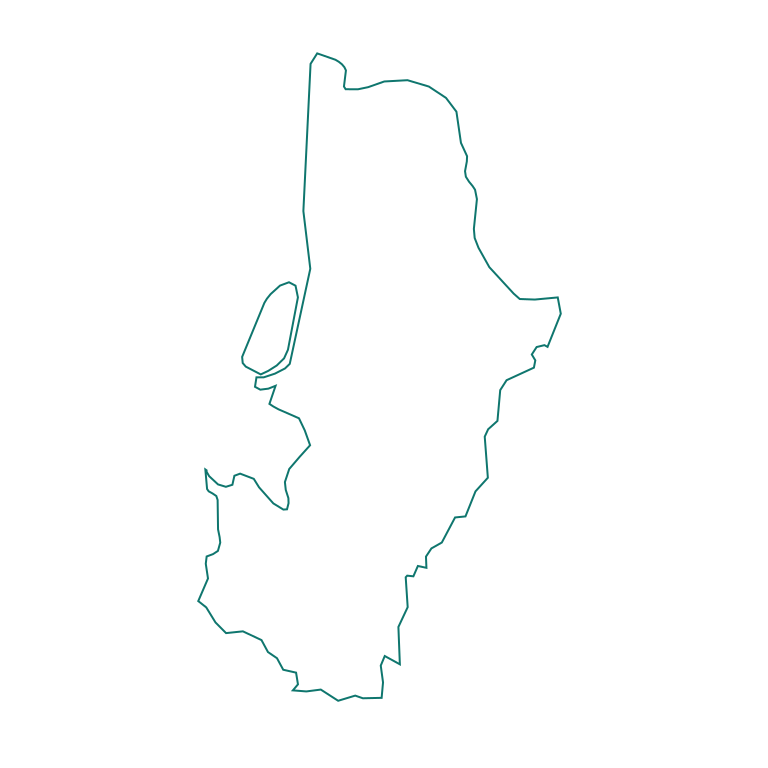 outline of Kent, rotated 277°
{"feature_id": "GBR-3409", "entity_name": "Kent", "entity_type": "Administrative County", "adm_level": 1, "iso_a3": "GBR", "parent_name": "United Kingdom", "parent_adm1": "", "projection": "equal_earth", "projection_center": [0.675, 51.199], "detail": "fine", "context": "isolated", "style": "outline", "palette": "teal", "viewbox_px": 768, "rotation_deg": 277, "n_neighbors": 0, "source": "natural_earth", "source_scale": "10m", "svg_char_len": 1943}
<svg xmlns="http://www.w3.org/2000/svg" viewBox="0 0 768 768"><g transform="rotate(277 384 384)"><path d="M219.5,237.0L248.6,233.0L252.4,231.2L254.5,227.1L256.1,223.1L258.2,221.2L277.4,217.1L276.7,218.4L275.3,218.6L271.2,221.7L264.1,231.5L262.7,239.6L265.5,245.8L274.7,246.7L277.5,252.1L274.0,266.3L266.2,272.6L252.0,288.7L247.1,299.4L247.8,303.0L254.1,303.8L259.1,303.0L266.9,299.4L274.6,297.6L288.1,300.3L301.5,309.2L314.2,318.1L328.3,311.0L339.6,303.8L346.0,282.4L348.2,276.9L350.3,272.7L369.0,276.6L365.3,269.8L363.3,261.9L365.5,256.3L375.1,256.6L376.0,263.9L381.0,274.5L387.4,283.9L392.5,288.0L489.4,296.8L545.8,282.9L692.8,272.1L704.0,277.4L699.9,296.3L698.3,299.9L696.2,303.3L693.6,306.1L690.6,308.0L674.4,308.0L671.9,310.0L673.4,322.4L676.7,332.1L684.3,347.4L688.4,370.3L684.7,392.3L675.5,410.7L663.1,422.7L632.7,431.0L620.2,438.7L615.0,439.1L605.1,438.5L599.7,440.0L595.2,443.7L591.3,447.8L587.9,450.7L578.8,453.7L548.9,454.3L540.0,456.2L530.7,461.2L512.8,474.3L489.5,501.7L484.9,508.4L486.2,523.4L491.1,545.9L475.3,550.9L440.8,541.8L442.1,538.5L439.3,531.0L431.3,527.1L425.9,531.3L418.5,530.8L402.7,505.2L392.1,500.1L361.2,501.1L351.8,492.9L344.0,490.4L303.6,498.5L288.6,487.9L262.5,481.0L260.2,470.8L233.7,460.7L226.6,451.1L217.8,446.7L206.7,448.5L207.5,439.8L196.7,436.6L196.6,430.4L194.8,429.1L165.4,434.7L144.6,427.9L107.7,433.9L114.1,417.9L104.1,415.1L87.7,419.4L72.2,419.9L69.5,401.3L71.2,393.4L64.0,377.1L73.0,358.5L69.4,344.4L68.8,330.9L75.4,335.2L86.8,331.9L88.1,318.8L98.8,311.2L103.8,301.5L114.9,293.6L121.3,274.1L120.0,268.4L117.5,257.6L126.8,245.8L140.6,234.8L145.9,226.1L169.5,233.0L183.9,229.0L191.2,229.0L194.3,235.0L198.1,239.5L206.6,240.8L212.0,239.5L219.5,237.0ZM459.4,260.5L469.0,268.8L473.4,277.3L470.8,284.2L459.5,288.0L406.3,284.5L397.3,281.7L389.3,275.3L382.9,267.5L378.5,260.5L384.4,244.7L387.6,241.2L393.6,239.9L450.0,255.4L454.4,257.4L459.4,260.5Z" fill="none" stroke="#0f766e" stroke-width="2"/></g></svg>